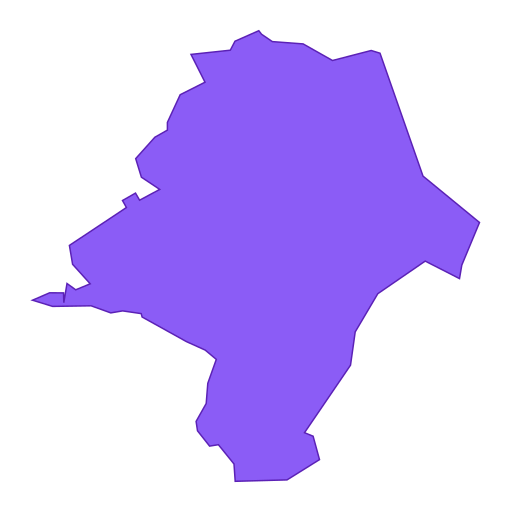 Emanuel, Georgia, United States of America (Robinson projection)
{"feature_id": "52423323B36663925787207", "entity_name": "Emanuel", "entity_type": "district", "adm_level": 2, "iso_a3": "USA", "parent_name": "United States of America", "parent_adm1": "Georgia", "projection": "robinson", "projection_center": [-82.386, 32.566], "detail": "fine", "context": "isolated", "style": "filled", "palette": "violet", "viewbox_px": 512, "rotation_deg": 0, "n_neighbors": 0, "source": "geoboundaries", "source_scale": "gbopen_adm2", "svg_char_len": 864}
<svg xmlns="http://www.w3.org/2000/svg" viewBox="0 0 512 512"><path d="M180.2,94.7L167.4,122.4L167.4,130.1L154.9,137.2L135.7,158.6L141.4,177.2L159.7,189.4L139.6,200.2L135.5,193.1L122.5,200.5L126.4,207.5L111.3,217.6L69.4,245.4L72.6,264.3L90.2,283.8L75.7,289.8L67.0,283.5L63.8,302.7L63.5,292.9L49.6,292.8L32.5,300.2L52.6,306.4L91.1,305.8L110.8,312.9L122.6,310.9L141.2,313.6L142.1,317.0L186.4,341.6L205.2,350.1L216.3,359.4L207.8,383.3L206.2,403.5L196.1,421.4L197.5,430.8L209.6,446.1L218.4,444.7L234.0,464.0L235.2,481.3L287.0,479.9L319.5,459.6L313.1,436.2L304.5,432.7L350.5,365.2L353.6,343.3L355.2,331.9L377.8,293.7L425.2,261.1L459.5,278.6L461.8,265.1L479.5,222.5L423.0,176.1L380.0,53.2L371.2,50.5L332.5,60.5L303.1,43.9L272.3,41.6L261.5,34.2L258.8,30.7L235.0,41.2L230.3,50.2L191.0,54.4L205.0,82.2L180.2,94.7Z" fill="#8b5cf6" stroke="#5b21b6" stroke-width="1.5"/></svg>